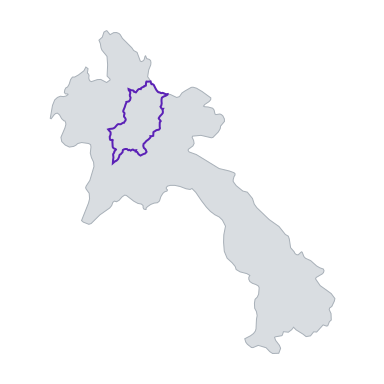 Louangphrabang on a map of Laos (Albers equal-area conic projection), rotated 358°
{"feature_id": "LAO-3289", "entity_name": "Louangphrabang", "entity_type": "Province", "adm_level": 1, "iso_a3": "LAO", "parent_name": "Laos", "parent_adm1": "", "projection": "albers", "projection_center": [102.548, 20.095], "detail": "fine", "context": "in_parent", "style": "outline", "palette": "violet", "viewbox_px": 384, "rotation_deg": 358, "n_neighbors": 0, "source": "natural_earth", "source_scale": "10m", "svg_char_len": 6258}
<svg xmlns="http://www.w3.org/2000/svg" viewBox="0 0 384 384"><g transform="rotate(358 192 192)"><path d="M125.8,32.3L127.8,36.0L137.0,45.9L138.6,48.5L142.0,50.6L144.9,59.4L146.1,59.9L147.6,59.3L148.8,58.1L149.8,54.7L150.4,54.3L151.4,57.1L154.0,58.0L155.2,59.2L155.5,61.3L155.2,63.5L153.0,68.5L151.7,75.2L160.8,89.6L164.7,91.5L173.8,93.8L180.0,97.0L182.8,96.2L185.5,92.6L188.8,90.6L194.9,87.4L196.7,87.3L200.1,88.4L205.7,92.0L214.1,98.6L213.9,100.4L212.4,102.1L207.9,104.9L206.5,106.6L207.4,107.2L211.1,107.6L215.6,109.0L216.9,110.8L217.7,114.8L218.5,115.5L222.6,115.0L223.9,115.6L225.4,116.8L226.9,120.1L226.9,122.6L222.9,127.1L222.4,129.7L220.4,132.9L214.8,138.2L213.3,138.5L202.9,135.7L194.6,136.2L194.0,137.3L195.4,140.5L195.8,143.6L194.5,146.0L189.8,149.2L189.6,150.5L190.6,151.9L197.6,154.7L219.9,169.5L230.0,172.3L234.5,174.1L235.6,175.1L235.6,176.5L234.5,178.2L233.6,181.1L233.5,182.9L234.6,184.6L236.4,187.2L242.8,192.8L247.3,194.1L252.2,200.6L253.8,206.3L256.2,209.9L268.0,222.1L277.8,229.6L283.8,237.7L286.7,239.5L287.6,242.4L288.6,251.1L292.0,255.3L292.8,257.1L294.3,258.3L295.9,258.5L299.3,255.6L300.0,256.0L301.6,260.5L303.1,262.2L308.3,264.8L313.9,270.2L316.9,272.1L320.6,273.6L321.2,275.3L320.6,277.1L319.5,278.3L313.2,281.7L312.4,283.1L316.8,290.0L327.6,298.4L331.1,303.5L330.4,306.1L327.7,311.3L325.5,312.7L325.0,314.3L326.7,318.4L326.7,324.8L324.8,326.4L323.0,330.4L321.7,330.7L318.4,329.4L311.7,336.3L308.7,336.0L305.4,339.9L301.0,340.5L297.8,337.8L291.2,333.4L288.8,330.7L286.8,333.1L283.4,335.5L278.5,334.8L277.3,338.2L276.4,338.8L270.5,339.6L269.4,340.1L270.4,343.2L274.0,348.3L275.1,351.3L273.1,356.2L266.9,356.2L264.2,354.3L260.6,350.2L252.8,347.6L247.6,349.6L246.0,349.5L242.0,346.1L240.5,343.9L239.6,340.5L245.5,337.7L248.5,335.6L250.4,333.3L251.2,331.0L252.0,321.3L252.8,317.8L252.2,313.7L250.6,310.4L250.5,305.4L251.3,301.4L253.5,299.4L255.0,296.5L255.8,290.0L255.1,288.3L252.8,286.8L249.1,285.3L246.7,283.5L245.7,281.2L245.8,279.2L246.9,277.4L244.0,275.5L237.3,273.5L233.4,271.0L232.6,268.0L229.7,264.2L224.8,259.4L222.2,252.4L221.8,243.3L222.3,235.9L224.3,227.3L221.4,221.1L218.3,217.9L214.0,215.5L209.8,212.1L205.9,207.7L201.2,201.1L195.7,192.4L192.1,188.5L190.2,189.4L186.3,188.6L180.3,186.1L175.2,184.8L170.7,184.6L167.9,185.2L166.5,186.5L166.4,187.8L167.6,189.1L167.0,190.2L164.6,190.9L162.8,192.4L160.7,195.6L159.2,199.8L157.1,201.5L153.7,201.8L150.3,203.0L147.0,205.1L145.5,206.6L145.6,207.7L144.9,207.9L143.3,207.4L142.6,206.0L142.6,203.8L141.0,202.3L137.5,201.5L133.6,199.2L126.2,193.1L124.5,192.8L122.0,194.4L118.8,197.8L116.2,199.1L114.1,198.4L112.5,199.6L111.3,202.7L109.2,205.1L99.2,211.6L90.1,220.0L87.8,220.7L82.3,218.3L80.6,216.7L88.2,199.4L89.4,195.2L89.2,189.7L86.1,185.0L85.9,183.7L86.5,182.3L90.3,176.9L94.9,163.2L94.7,158.8L92.7,154.1L91.7,149.6L92.6,143.5L92.3,141.1L90.3,139.9L83.4,138.7L79.5,139.6L77.6,141.2L75.3,142.3L71.0,142.8L67.0,140.7L63.6,137.1L62.9,132.8L67.2,123.6L68.3,120.1L68.2,118.4L67.5,116.6L66.5,116.4L64.3,114.2L62.3,110.3L60.3,108.5L58.4,108.8L56.7,110.3L53.8,113.9L52.9,113.4L55.6,100.6L58.0,95.2L60.8,92.8L63.8,91.7L66.8,92.2L69.4,91.7L71.5,90.4L71.3,89.7L68.9,89.5L67.9,88.0L68.5,85.3L69.6,83.5L71.3,82.7L73.0,80.0L74.6,75.4L76.5,73.0L78.8,73.0L82.7,71.0L88.2,67.1L90.3,63.4L92.4,65.1L91.6,69.5L92.7,70.5L93.2,72.0L92.8,74.5L93.3,76.6L94.1,77.6L95.3,78.2L101.2,76.4L104.7,76.3L110.5,79.6L114.0,77.2L114.0,76.3L111.2,73.2L112.1,62.0L111.8,53.5L107.0,47.2L106.1,44.7L105.6,40.6L104.3,37.0L107.7,34.2L109.6,29.1L112.0,27.8L112.7,28.0L115.6,31.9L119.3,30.0L122.2,30.0L124.5,31.0L125.8,32.3Z" fill="#d9dde1" stroke="#a8b0b8" stroke-width="1"/><path d="M154.4,80.0L154.7,81.5L155.0,82.1L155.1,82.5L155.3,82.8L155.6,82.9L156.1,82.8L157.0,83.2L157.6,83.8L158.4,85.6L159.5,88.0L160.2,89.2L161.2,90.5L161.7,91.0L162.0,91.1L162.4,91.3L163.0,91.4L163.4,91.5L163.7,91.7L164.2,92.0L164.5,92.1L164.9,92.1L165.2,92.1L165.6,91.9L166.0,91.9L166.6,92.1L168.6,93.1L169.6,93.5L170.0,93.5L171.1,93.3L171.1,93.5L170.9,93.9L169.1,94.9L167.0,95.6L166.1,96.1L165.2,96.7L164.8,98.2L164.7,100.1L164.8,102.4L164.3,104.6L163.5,105.6L164.0,106.7L164.7,107.7L165.3,107.9L166.0,107.9L165.7,108.5L165.5,109.0L165.7,110.4L165.6,111.9L164.9,112.9L162.5,115.3L161.3,117.1L161.7,118.0L163.0,119.6L163.2,120.1L162.9,120.5L162.5,120.8L162.2,121.3L162.2,121.9L162.1,122.8L162.0,125.5L162.2,127.2L161.7,128.0L161.0,128.6L159.2,128.8L158.3,129.1L157.5,129.7L156.4,130.2L155.5,130.9L155.4,132.7L155.2,134.5L153.8,134.8L152.4,134.7L152.5,135.6L152.0,136.4L150.4,137.9L148.2,139.4L147.5,140.1L146.9,140.9L145.3,142.2L144.9,144.2L145.4,146.2L146.4,147.1L147.2,148.1L148.0,150.3L146.5,151.9L144.5,152.5L141.8,153.8L140.5,152.9L139.4,151.7L139.1,150.9L138.6,150.1L137.9,149.9L137.1,149.6L137.4,148.9L137.6,148.3L136.5,148.4L135.5,148.3L134.9,147.9L134.4,147.5L133.3,147.8L132.1,148.5L131.0,147.7L129.8,148.0L129.2,147.5L128.7,146.9L127.8,146.7L126.8,146.7L125.5,147.0L124.4,147.6L123.9,150.0L123.3,150.5L122.8,150.9L122.4,151.5L121.9,151.9L121.2,152.1L120.8,152.6L120.4,154.2L119.3,156.5L117.5,158.2L116.4,158.4L116.1,158.7L115.8,159.1L115.0,159.6L113.9,160.5L114.3,156.7L114.6,155.4L114.7,154.7L114.5,152.4L114.5,151.6L114.7,151.1L115.6,149.9L115.7,149.1L116.0,148.5L117.2,147.3L117.5,146.9L117.1,146.4L115.7,145.8L115.1,145.4L114.7,144.9L114.4,144.4L114.3,143.8L114.2,138.7L114.6,137.4L114.2,137.1L113.2,137.2L112.2,137.1L111.8,136.2L111.7,133.8L112.1,133.1L112.7,131.4L112.7,129.5L112.3,128.8L111.7,128.2L111.2,127.6L110.4,126.5L111.8,126.1L114.8,125.9L116.1,125.5L117.3,124.7L119.2,122.6L120.1,121.8L120.7,121.6L122.7,121.8L123.3,121.7L125.3,120.5L126.5,120.4L127.1,119.2L128.0,118.3L128.3,117.0L127.8,115.8L126.7,114.3L126.8,112.7L127.3,111.6L127.2,110.6L126.6,110.0L126.1,109.3L126.2,108.2L127.8,104.7L128.5,102.6L129.4,100.6L129.5,99.7L132.0,99.3L133.3,97.9L133.8,96.1L133.9,95.4L133.6,94.7L133.3,94.2L133.3,93.7L133.2,92.8L133.7,91.3L133.7,90.4L133.4,89.5L132.3,87.9L132.2,86.9L133.5,87.5L134.7,88.2L135.8,88.3L136.8,88.5L137.3,88.9L137.4,89.7L139.4,90.5L141.5,88.0L142.2,87.4L143.1,87.2L144.4,87.4L144.9,86.2L145.5,85.9L147.9,84.9L147.9,84.7L148.0,84.4L148.4,84.3L149.4,84.2L149.7,83.6L149.7,82.6L150.0,80.7L150.4,80.0L150.9,80.0L151.5,80.2L154.4,80.0L154.4,80.0Z" fill="none" stroke="#5b21b6" stroke-width="2"/></g></svg>